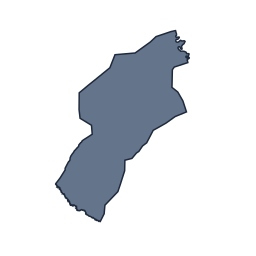 the district of Xishig-O'ndor, Bulgan, Mongolia, rotated 63°
{"feature_id": "93677404B24557728041379", "entity_name": "Xishig-O'ndor", "entity_type": "district", "adm_level": 2, "iso_a3": "MNG", "parent_name": "Mongolia", "parent_adm1": "Bulgan", "projection": "orthographic", "projection_center": [103.627, 48.211], "detail": "fine", "context": "isolated", "style": "filled", "palette": "slate", "viewbox_px": 256, "rotation_deg": 63, "n_neighbors": 0, "source": "geoboundaries", "source_scale": "gbopen_adm2", "svg_char_len": 5046}
<svg xmlns="http://www.w3.org/2000/svg" viewBox="0 0 256 256"><g transform="rotate(63 128 128)"><path d="M140.2,68.6L128.8,66.8L118.6,67.3L111.8,70.4L96.2,62.0L94.7,59.1L96.9,45.0L94.8,44.4L94.6,44.5L94.4,44.5L94.1,44.2L93.8,43.5L93.8,42.5L93.7,42.2L93.6,41.8L93.4,41.6L93.1,41.6L92.7,41.6L92.3,41.8L92.2,41.9L92.2,42.2L92.3,42.3L92.4,42.9L92.3,43.5L92.2,43.8L91.7,44.1L91.4,44.2L90.8,44.1L90.5,43.8L90.4,43.5L90.5,43.3L90.6,43.1L90.9,42.8L91.2,42.2L91.2,41.9L91.1,41.4L91.0,41.2L90.0,40.2L89.8,40.0L89.6,40.0L89.4,40.2L88.8,40.9L88.7,41.4L88.5,41.8L88.3,42.0L87.8,42.0L87.2,41.8L86.7,41.9L86.1,42.4L85.4,42.9L84.5,44.1L84.2,44.6L84.1,44.9L83.7,45.8L83.5,46.2L83.3,46.3L82.4,46.4L81.5,47.0L81.2,47.1L80.8,47.2L80.0,47.2L79.3,47.1L78.8,46.6L78.7,46.4L78.7,45.8L78.8,45.4L79.0,45.2L79.4,45.0L80.4,45.1L81.1,45.1L82.0,44.6L82.2,44.4L82.2,44.1L81.8,43.8L80.0,43.4L79.3,42.9L78.6,41.4L78.4,40.4L78.3,39.8L77.4,38.7L76.9,37.9L76.5,37.9L75.9,38.2L75.5,39.0L75.1,40.2L74.9,40.5L74.6,40.8L74.1,41.1L73.8,41.2L73.8,41.4L73.8,41.9L74.0,42.9L74.2,43.2L74.2,44.4L74.1,44.8L73.8,45.4L73.4,45.7L73.1,45.9L72.5,46.0L72.0,45.8L71.5,45.5L71.1,45.0L71.0,44.7L71.0,44.3L71.5,43.7L71.5,43.3L71.4,42.8L71.1,42.0L70.7,41.3L70.6,41.2L70.4,41.1L70.1,41.3L69.9,41.7L69.4,43.1L69.3,43.4L69.1,43.7L68.8,43.9L68.4,44.0L68.0,43.9L67.8,43.8L67.5,43.4L67.5,43.0L67.3,42.6L66.6,42.3L65.5,41.9L65.1,41.9L64.4,41.9L63.5,41.5L62.8,41.4L61.6,45.9L59.3,61.5L61.5,69.0L64.4,87.6L56.8,106.3L66.1,116.8L70.9,139.2L71.7,143.1L74.5,155.5L89.5,163.3L97.6,166.3L109.0,159.3L117.3,162.7L118.5,174.4L119.1,175.3L119.5,175.9L119.6,176.2L119.6,176.9L120.1,177.8L120.2,178.3L120.4,178.5L120.5,179.0L120.8,179.5L122.1,180.5L122.2,181.2L122.6,182.4L122.6,182.5L122.9,182.8L122.9,183.2L123.3,184.0L124.1,186.4L124.9,187.4L125.8,189.4L126.9,191.4L128.1,192.9L130.3,194.4L131.0,195.7L131.1,195.9L131.0,196.1L131.6,197.1L135.1,202.0L135.8,202.6L136.8,203.0L141.7,211.2L145.0,218.1L145.0,217.9L145.3,218.0L145.7,217.7L145.8,217.4L146.1,217.4L146.5,217.7L146.7,217.8L147.2,217.7L147.5,217.8L147.7,217.6L148.0,217.7L147.7,217.4L147.8,217.1L148.4,217.0L148.5,217.1L148.6,217.4L148.7,217.1L148.8,217.1L149.1,217.3L149.1,216.9L149.0,216.7L149.6,216.2L150.1,216.1L150.3,215.9L150.8,216.2L150.7,216.5L151.1,216.6L151.1,216.8L151.6,216.5L151.9,216.6L152.0,216.5L151.8,216.3L151.7,216.2L151.8,216.1L152.0,216.0L152.6,216.3L152.8,216.3L153.9,216.0L154.1,216.1L154.2,216.5L154.4,216.6L155.0,216.6L155.5,216.1L156.4,216.1L156.6,216.1L156.8,216.3L157.0,215.8L157.3,215.6L157.4,215.3L157.7,215.2L157.9,215.4L158.1,215.2L158.0,214.9L158.4,214.9L158.5,215.0L158.6,214.9L158.9,214.9L159.0,215.1L160.1,215.0L160.4,215.3L160.5,215.3L161.0,215.0L161.3,215.0L161.5,215.2L161.6,215.3L162.0,214.9L162.1,215.1L162.3,215.0L162.6,215.0L162.9,214.4L163.2,214.5L163.6,214.3L163.9,214.1L164.1,214.1L164.6,214.3L164.9,214.0L165.0,213.9L165.2,214.0L165.0,214.5L165.3,214.7L165.5,214.7L165.4,214.4L165.5,214.2L165.7,214.3L165.9,214.4L165.8,213.9L166.0,213.8L166.4,214.1L166.5,214.1L166.6,213.6L167.0,213.6L167.1,213.9L167.4,214.1L167.7,213.9L167.8,213.8L168.0,213.8L168.4,214.0L168.9,213.9L168.9,214.0L169.1,214.2L169.4,214.3L169.8,214.1L170.3,214.3L170.7,214.3L171.0,213.9L170.8,213.8L170.8,213.6L171.0,213.4L171.2,213.5L171.1,213.4L171.0,213.1L170.9,212.9L171.2,212.7L171.7,212.9L171.9,212.8L171.6,212.7L171.8,212.4L171.7,212.2L171.8,211.8L172.1,211.9L172.1,212.1L172.3,212.0L172.2,211.8L172.1,211.7L171.9,211.6L172.0,211.3L172.4,210.8L172.6,210.7L172.8,210.9L173.1,210.6L173.3,210.4L173.7,210.2L174.3,210.2L174.5,210.1L174.5,209.6L175.0,209.8L175.2,209.7L175.3,209.8L175.6,210.2L175.8,210.2L175.8,210.3L176.0,210.3L176.1,210.5L176.0,210.8L176.3,210.7L176.5,210.7L176.8,210.5L177.4,210.4L177.6,210.4L177.9,210.8L178.1,210.8L178.2,210.7L178.3,210.4L178.7,210.1L179.0,210.0L179.0,209.9L179.0,209.5L179.2,209.2L179.7,208.7L179.6,208.3L179.8,208.0L179.6,207.4L179.6,206.9L179.6,206.6L180.0,206.4L180.1,206.1L180.3,205.9L180.5,206.0L180.6,205.9L180.5,205.5L180.5,205.4L181.3,204.7L181.5,204.7L181.6,204.8L181.7,205.0L181.8,205.1L181.6,204.5L181.6,204.3L181.7,204.2L181.9,204.3L182.0,204.4L182.1,204.2L182.3,204.0L182.8,204.1L183.0,204.0L183.5,204.1L183.6,204.3L183.6,204.1L183.8,204.0L184.0,204.1L184.4,204.0L184.7,204.0L184.8,204.2L184.9,204.4L185.1,204.4L185.3,204.6L185.8,204.6L186.2,204.3L186.2,204.2L186.3,204.0L186.8,203.9L187.1,203.4L187.6,203.3L188.7,202.8L188.9,202.5L189.1,202.4L189.8,201.6L190.8,201.0L191.9,200.6L191.9,200.4L191.8,200.2L191.8,199.9L192.1,199.8L192.1,199.7L192.3,199.6L192.5,199.6L193.6,199.1L193.8,199.1L194.4,198.9L194.6,198.7L195.0,198.8L195.0,198.5L194.9,198.3L195.1,198.3L195.1,198.1L195.8,198.0L195.8,197.8L195.7,197.7L195.9,197.5L196.0,197.5L196.3,197.6L196.5,197.2L196.9,196.7L197.6,196.6L197.5,196.3L197.6,195.9L197.8,195.7L198.1,195.4L198.7,195.5L199.1,195.7L193.6,188.2L186.3,183.6L180.1,165.9L174.6,160.3L164.6,150.4L155.3,145.4L156.9,138.3L154.1,131.8L153.8,129.0L150.6,123.2L149.7,118.1L141.5,106.6L140.9,92.0L139.2,80.8L140.2,68.6Z" fill="#64748b" stroke="#1e293b" stroke-width="1.5"/></g></svg>